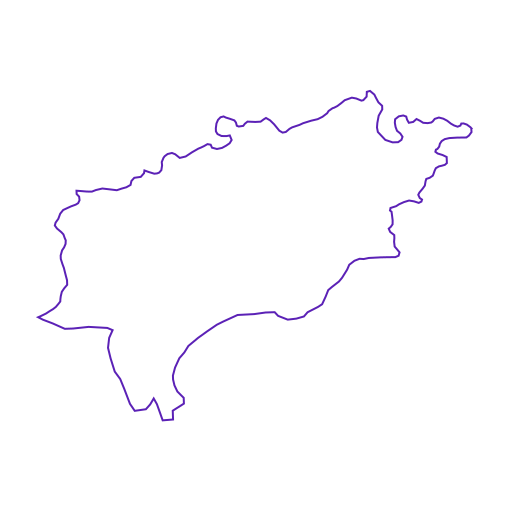 Yelʹsk, Gomel, Belarus (Robinson projection), rotated 358°
{"feature_id": "67162791B11100068414031", "entity_name": "Yelʹsk", "entity_type": "district", "adm_level": 2, "iso_a3": "BLR", "parent_name": "Belarus", "parent_adm1": "Gomel", "projection": "robinson", "projection_center": [28.959, 51.665], "detail": "fine", "context": "isolated", "style": "outline", "palette": "violet", "viewbox_px": 512, "rotation_deg": 358, "n_neighbors": 0, "source": "geoboundaries", "source_scale": "gbopen_adm2", "svg_char_len": 3711}
<svg xmlns="http://www.w3.org/2000/svg" viewBox="0 0 512 512"><g transform="rotate(358 256 256)"><path d="M36.2,309.6L40.8,312.2L50.5,316.3L62.4,322.1L70.6,322.1L86.3,321.0L104.9,322.7L110.1,325.1L106.4,332.7L104.9,342.6L107.1,353.2L110.8,366.6L116.0,374.2L119.7,384.2L124.9,399.4L129.4,406.5L140.6,405.3L145.1,400.6L148.8,394.8L151.8,400.6L154.8,410.0L157.0,417.0L167.4,416.5L167.4,407.7L178.8,401.0L178.8,395.2L176.7,393.0L172.7,388.7L170.0,382.5L168.8,376.5L168.8,372.6L171.2,364.7L175.8,355.5L181.0,349.9L185.3,343.5L195.4,335.7L204.4,329.7L214.5,323.3L221.1,320.3L235.5,314.3L252.2,314.0L263.6,312.8L272.7,312.8L276.0,316.6L285.5,320.7L294.1,320.0L301.8,318.1L305.6,314.0L316.1,309.1L320.4,306.5L324.2,299.0L327.0,292.6L330.8,289.6L338.0,284.4L341.3,280.7L346.6,272.8L348.9,268.0L354.2,264.2L359.4,262.4L363.5,262.8L368.7,261.9L380.5,261.7L388.2,261.8L395.2,262.0L398.5,260.7L399.6,257.4L397.3,254.4L394.9,251.4L394.5,246.6L394.9,243.1L394.9,239.9L390.9,236.6L389.6,233.3L391.7,231.6L393.6,229.1L393.8,225.2L393.4,220.5L393.0,216.5L391.5,215.2L392.1,212.7L397.8,211.1L400.8,209.3L405.7,207.3L410.9,205.9L415.8,206.9L420.5,208.6L423.2,207.4L423.9,205.4L421.7,203.8L420.3,200.5L421.5,198.3L424.9,194.5L427.2,191.5L428.1,187.1L428.9,184.9L432.3,183.9L435.5,181.9L436.1,180.6L437.6,176.8L438.8,174.5L442.0,172.8L444.7,172.3L447.9,171.5L450.0,169.8L450.0,167.7L450.0,163.7L446.0,161.6L441.1,159.9L438.9,158.1L439.5,156.0L441.0,155.4L442.9,153.1L443.7,150.2L445.6,147.6L448.7,145.8L453.3,144.9L461.0,144.7L470.4,144.9L473.0,143.1L475.7,139.7L475.6,136.1L475.8,136.0L474.8,134.8L471.3,132.0L468.1,130.8L465.8,130.8L464.8,132.8L462.0,133.8L458.6,132.5L455.5,130.6L451.8,127.5L448.0,125.3L443.6,124.0L439.4,125.2L437.3,127.7L435.8,128.7L432.2,129.2L427.7,128.7L424.8,126.7L421.2,124.7L417.8,127.5L413.4,128.2L411.7,124.9L411.0,121.9L408.1,120.7L403.6,121.4L399.8,124.2L399.4,127.7L400.0,132.0L401.3,135.8L404.5,138.6L406.6,142.0L405.4,145.0L402.0,147.2L396.5,147.2L389.3,144.5L385.7,140.4L382.1,136.3L381.4,131.8L381.9,127.3L383.5,120.1L385.2,117.3L387.3,113.9L387.3,110.3L383.7,106.7L381.4,102.1L379.9,98.8L375.7,95.0L372.5,95.8L372.1,100.6L368.7,104.0L366.8,104.4L361.7,102.1L357.3,101.1L350.1,103.4L346.9,105.9L342.5,109.0L339.3,110.5L337.6,111.0L333.6,113.6L332.1,115.8L327.3,119.2L322.4,121.4L315.9,122.7L307.8,124.9L304.0,126.5L296.6,128.7L293.9,130.1L290.1,133.1L286.9,133.6L283.7,131.6L281.2,128.3L278.7,125.0L274.8,120.9L270.8,118.4L268.5,119.7L265.3,121.9L260.0,122.0L252.2,121.4L249.5,123.4L247.8,125.5L243.3,126.0L241.4,125.2L240.6,121.9L239.1,119.7L234.5,117.9L230.7,116.6L228.5,115.4L225.4,116.1L222.8,118.6L221.1,122.2L220.3,127.0L220.3,130.1L221.8,132.8L225.8,134.9L230.9,135.1L234.0,134.6L235.7,139.2L233.6,142.4L230.0,144.7L225.8,146.8L220.7,147.7L215.8,146.2L214.6,143.2L211.4,142.5L207.8,144.4L204.8,145.7L202.1,146.7L195.7,150.1L189.2,154.1L183.2,155.3L178.8,151.5L175.6,150.1L171.2,151.0L168.2,153.1L167.0,154.6L165.1,158.8L165.3,162.2L164.4,166.9L162.1,169.3L160.0,170.0L157.2,170.2L151.7,168.3L147.5,166.6L147.0,169.3L143.6,172.9L137.1,173.6L134.1,176.7L133.1,180.6L128.8,182.8L123.9,184.0L119.2,185.4L111.5,184.2L104.8,183.2L98.3,184.5L94.3,185.9L89.3,185.7L82.6,184.9L78.9,184.5L78.9,187.8L81.3,190.5L81.6,194.1L80.1,197.0L77.6,198.4L73.0,199.9L69.6,201.3L64.9,203.3L61.8,206.9L59.7,212.0L56.9,215.6L56.0,218.5L58.1,221.6L62.4,225.5L64.3,227.7L65.5,231.5L66.4,233.7L66.1,237.3L64.5,240.7L62.4,243.6L60.8,248.7L60.8,252.1L62.3,257.4L63.6,261.3L64.5,265.6L65.4,269.7L66.3,273.6L66.3,278.2L63.2,281.6L60.7,285.0L59.5,289.3L59.0,292.3L58.8,294.6L57.0,296.8L54.2,299.9L51.3,302.0L47.9,303.9L44.1,306.2L38.0,308.9L36.2,309.6L36.2,309.6Z" fill="none" stroke="#5b21b6" stroke-width="2"/></g></svg>